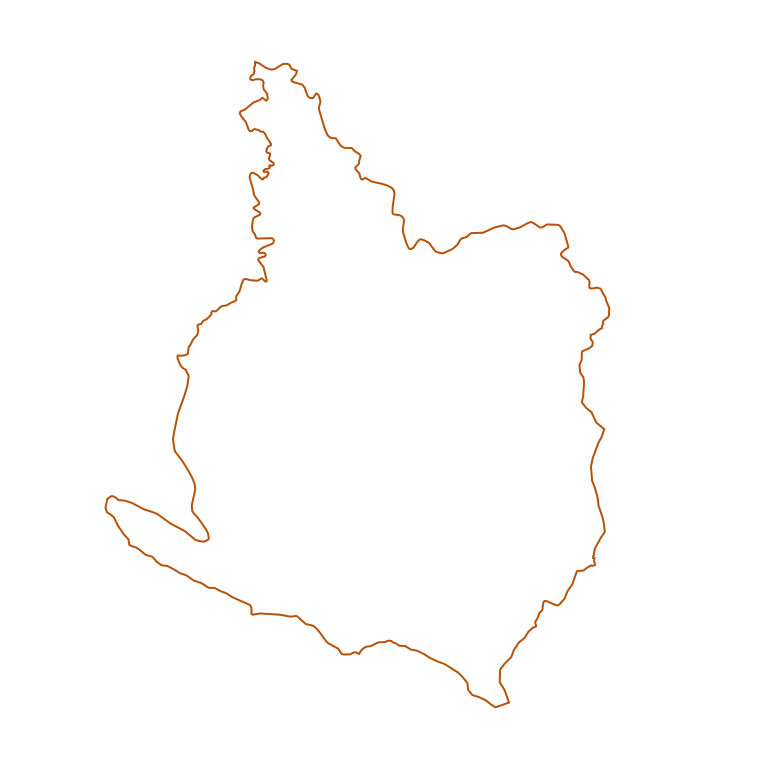 Berik, Maekel, Eritrea (Mercator projection), rotated 12°
{"feature_id": "51966322B44125494570979", "entity_name": "Berik", "entity_type": "district", "adm_level": 2, "iso_a3": "ERI", "parent_name": "Eritrea", "parent_adm1": "Maekel", "projection": "mercator", "projection_center": [38.812, 15.386], "detail": "fine", "context": "isolated", "style": "outline", "palette": "amber", "viewbox_px": 768, "rotation_deg": 12, "n_neighbors": 0, "source": "geoboundaries", "source_scale": "gbopen_adm2", "svg_char_len": 6150}
<svg xmlns="http://www.w3.org/2000/svg" viewBox="0 0 768 768"><g transform="rotate(12 384 384)"><path d="M608.9,382.4L599.7,377.6L592.7,368.4L586.5,365.2L581.3,360.7L581.4,354.8L579.4,340.9L577.7,336.1L573.5,332.0L571.2,324.8L572.4,319.3L571.0,312.4L571.1,310.9L577.8,306.0L579.7,303.3L579.6,299.9L576.4,296.3L576.0,293.0L579.3,291.2L582.9,286.5L585.7,283.8L585.2,282.5L585.8,279.3L585.3,277.6L585.8,275.9L588.8,272.8L589.8,270.6L588.5,262.7L583.9,256.2L582.4,253.0L579.3,249.9L576.7,246.4L575.7,245.7L572.2,245.5L567.2,247.5L565.1,247.2L564.5,245.9L563.8,241.2L562.8,239.7L555.9,235.5L550.0,234.2L547.6,234.7L545.9,233.8L541.5,229.3L540.3,227.2L538.8,225.4L531.9,222.6L530.8,221.5L530.1,220.6L530.3,218.8L533.0,214.9L535.9,212.3L535.5,210.9L529.3,199.1L523.8,193.2L521.5,192.1L511.7,193.8L510.1,194.2L506.4,197.8L504.1,198.5L495.5,195.0L493.6,195.2L491.5,196.5L484.2,202.7L478.4,205.8L476.6,205.9L470.6,204.0L467.8,204.0L459.7,207.8L449.5,215.4L437.9,218.3L433.7,223.5L430.6,224.8L429.0,226.4L426.7,232.8L422.8,237.8L414.9,243.7L412.7,244.2L407.5,243.8L405.9,242.9L398.5,236.6L394.2,235.2L390.2,234.7L389.0,235.2L387.4,237.3L384.3,244.8L382.2,246.3L380.9,246.5L379.9,246.1L376.6,241.6L371.1,231.6L370.2,228.5L369.7,220.7L369.2,219.0L367.7,217.1L366.1,216.1L363.7,215.7L358.3,216.0L357.3,215.6L356.6,214.4L355.7,209.1L354.8,196.3L353.3,192.4L350.8,190.6L346.2,189.2L341.4,188.7L329.6,188.5L323.0,186.2L320.3,188.5L319.3,188.5L318.2,187.4L316.1,183.2L311.6,179.8L310.9,178.6L311.2,177.5L313.6,174.1L313.3,172.1L313.7,165.7L312.8,164.9L311.7,164.1L307.3,162.5L303.3,159.9L296.4,161.2L293.5,160.7L291.0,158.9L285.8,153.7L281.1,154.4L278.1,153.1L275.8,150.8L272.6,146.0L263.4,129.0L262.9,127.4L263.1,120.9L260.8,116.3L259.5,114.7L258.2,114.0L257.2,114.0L255.3,118.8L254.2,119.5L251.5,119.5L249.4,118.1L244.9,110.9L242.6,108.6L241.1,108.1L232.9,107.6L230.7,106.8L230.2,105.7L232.8,101.0L233.7,98.5L233.7,95.8L228.5,95.1L227.2,94.2L225.8,92.0L224.7,91.3L222.8,91.0L219.4,91.7L218.2,92.4L211.9,98.5L208.7,99.9L203.0,99.4L195.3,96.3L190.9,95.8L191.7,99.5L191.2,101.8L192.3,105.2L192.0,108.0L189.9,110.4L189.4,111.9L189.9,113.6L191.4,114.2L193.6,113.6L194.6,112.8L199.2,111.7L201.3,112.0L202.8,112.8L203.6,114.4L203.8,117.6L204.7,119.8L205.3,121.0L208.5,123.6L209.8,125.7L210.9,128.5L210.7,129.7L209.8,131.3L205.5,129.3L203.3,132.1L197.5,136.1L192.1,143.0L190.3,145.0L187.9,146.4L186.9,147.6L186.6,149.2L188.9,152.0L194.5,156.6L198.7,163.3L199.9,164.4L202.1,164.2L203.3,162.3L204.5,161.5L208.8,161.8L210.9,162.7L213.4,162.4L215.7,164.0L218.2,167.4L223.7,172.8L223.6,174.2L221.4,175.7L220.6,177.9L220.4,180.5L220.8,181.5L221.9,182.0L224.5,182.1L225.0,183.1L224.6,186.4L224.8,188.0L225.8,189.1L230.1,190.8L230.5,192.6L229.5,193.5L228.3,194.0L227.2,193.6L226.4,194.5L227.3,196.2L226.4,197.3L223.0,198.6L221.8,200.3L222.1,201.3L223.1,201.4L225.5,200.6L226.6,200.9L227.4,201.9L226.0,206.2L223.8,207.0L223.0,209.0L222.2,209.3L216.7,205.9L211.8,204.5L210.0,205.6L209.4,208.3L209.6,209.9L214.9,219.8L217.6,226.0L219.0,227.7L223.2,231.3L224.0,232.6L224.3,234.1L219.9,238.4L220.3,239.7L226.4,241.9L227.4,242.5L227.7,243.4L227.1,244.4L222.3,248.2L221.6,250.1L222.1,257.3L223.7,261.9L226.6,264.5L228.6,267.7L229.8,268.1L243.4,264.8L245.0,265.0L245.9,265.7L246.6,266.9L246.4,268.7L245.8,269.9L237.6,275.4L234.5,278.7L233.9,280.5L234.9,281.7L238.8,280.6L240.6,281.1L241.3,281.9L241.5,282.9L241.0,284.0L235.9,286.6L235.3,287.3L235.1,288.8L241.8,294.7L247.9,307.3L247.5,308.3L246.1,308.3L243.1,306.1L241.9,306.4L238.9,309.3L231.6,310.2L227.1,310.0L225.8,310.4L224.8,311.3L223.9,316.2L223.5,322.9L221.2,329.0L222.0,332.2L221.7,333.3L217.1,336.6L213.7,339.8L209.9,341.3L208.1,342.6L204.5,347.9L200.8,348.5L200.2,349.8L200.6,351.2L200.2,352.7L197.4,357.1L194.0,359.9L192.6,363.4L190.0,364.4L189.5,365.7L189.7,366.7L191.4,371.0L191.1,374.9L188.0,380.1L186.4,386.4L185.6,387.8L185.3,389.4L185.9,395.1L184.4,396.8L183.3,397.3L180.2,398.4L176.4,399.0L176.4,401.3L180.2,407.0L183.3,410.0L187.1,411.3L191.4,416.9L192.0,427.0L191.2,436.7L188.6,455.9L188.7,472.5L189.0,481.9L193.2,493.0L202.6,501.1L210.6,509.4L216.0,515.8L219.5,521.1L221.3,526.0L221.2,542.9L222.8,547.8L223.5,548.9L230.6,554.3L240.2,563.3L242.8,566.5L244.7,571.2L244.5,572.4L243.7,573.4L240.9,575.6L236.8,576.0L232.1,575.7L219.7,569.3L204.6,565.0L189.8,558.5L186.1,557.6L175.2,556.5L162.1,552.7L155.2,552.0L148.3,552.7L145.6,551.0L142.7,550.1L140.4,550.5L137.3,553.8L137.3,563.2L140.0,567.3L143.4,568.3L147.5,570.6L153.2,577.8L160.6,585.1L166.2,588.9L168.3,594.2L170.5,595.0L175.0,595.4L178.5,596.5L186.5,600.7L192.9,601.1L194.2,601.6L198.0,604.8L203.3,607.3L205.6,607.5L209.7,607.0L217.6,609.2L223.5,611.4L230.5,612.3L238.7,615.8L247.1,616.8L254.8,619.8L261.0,618.7L266.6,620.5L273.3,621.5L280.1,624.1L298.0,627.8L299.3,628.5L300.5,629.9L301.3,631.8L302.0,636.4L303.6,636.9L310.6,634.2L330.2,631.3L340.9,631.0L346.3,629.2L347.8,629.5L357.3,635.0L364.9,635.2L368.7,637.2L372.2,639.8L381.3,648.0L383.4,649.2L394.2,652.4L398.7,656.9L401.1,656.9L407.0,655.5L410.2,652.9L411.8,652.4L415.6,653.2L417.4,648.8L418.9,646.7L421.1,644.7L425.5,643.2L432.0,638.0L439.0,636.1L441.0,634.5L442.5,634.0L444.6,633.9L447.2,635.1L449.3,635.2L453.6,636.8L459.4,635.9L465.1,638.1L471.5,638.0L479.2,639.8L485.6,642.3L493.3,644.1L501.7,645.4L516.6,650.9L522.0,654.4L527.9,659.3L529.9,665.7L535.1,669.9L541.8,670.5L549.6,672.3L554.9,675.1L560.4,677.0L572.5,669.6L565.8,658.6L559.1,651.5L557.0,639.1L560.1,632.6L565.2,624.8L566.3,617.1L569.9,608.4L574.1,603.5L576.8,596.3L580.4,591.1L581.6,590.9L583.2,589.3L581.8,586.5L581.5,584.9L582.8,581.4L583.5,576.3L584.0,574.7L585.2,573.7L586.0,571.3L585.5,569.6L585.3,564.6L586.0,563.0L587.8,562.5L598.2,564.6L600.1,564.4L601.5,563.1L605.3,556.3L606.5,548.8L609.8,540.8L611.6,527.2L612.5,526.5L618.0,525.0L619.6,522.8L624.1,518.4L625.7,518.5L627.9,517.4L627.4,515.2L626.3,513.8L626.1,510.7L624.8,510.7L624.9,509.8L624.3,509.2L624.7,508.5L624.5,504.1L624.8,502.9L624.3,501.8L627.9,489.7L630.7,482.9L628.5,475.9L625.7,469.3L619.2,458.5L617.2,452.3L614.6,446.8L611.7,441.4L607.7,435.4L603.6,421.6L603.6,413.0L605.9,397.2L607.9,390.4L608.9,382.4Z" fill="none" stroke="#b45309" stroke-width="2"/></g></svg>